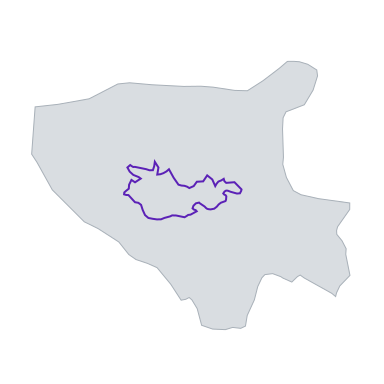 where Gitega sits in Burundi, rotated 93°
{"feature_id": "BDI-2639", "entity_name": "Gitega", "entity_type": "Province", "adm_level": 1, "iso_a3": "BDI", "parent_name": "Burundi", "parent_adm1": "", "projection": "albers", "projection_center": [29.917, -3.445], "detail": "fine", "context": "in_parent", "style": "outline", "palette": "violet", "viewbox_px": 384, "rotation_deg": 93, "n_neighbors": 0, "source": "natural_earth", "source_scale": "10m", "svg_char_len": 2278}
<svg xmlns="http://www.w3.org/2000/svg" viewBox="0 0 384 384"><g transform="rotate(93 192 192)"><path d="M288.9,43.1L285.9,47.1L272.0,75.4L269.3,79.6L270.9,82.2L276.7,87.6L273.3,96.5L271.9,98.9L269.3,107.2L270.7,114.9L274.0,117.7L283.0,121.4L296.5,124.1L312.4,130.4L323.1,131.6L325.6,136.2L325.1,144.4L327.7,151.5L327.8,164.2L324.6,175.4L308.2,180.7L299.8,186.4L297.5,189.3L299.5,192.7L300.6,197.2L285.2,208.4L269.4,222.9L265.6,232.8L262.4,244.4L257.8,251.8L245.7,262.5L233.4,284.0L227.4,298.0L197.2,331.6L170.4,348.4L162.6,354.1L115.2,353.1L111.5,330.5L104.3,299.6L88.0,271.7L86.2,260.0L87.0,237.5L87.0,205.8L85.9,188.8L86.2,176.4L88.3,154.8L88.0,142.0L77.3,127.1L63.9,111.3L56.6,103.6L56.2,97.3L56.3,91.6L58.4,83.1L63.6,73.8L69.5,72.7L83.9,76.4L99.0,84.4L107.0,102.3L113.1,104.9L124.2,104.9L152.5,102.5L159.6,102.8L172.5,98.5L185.3,90.9L189.0,83.1L192.0,65.5L194.7,33.9L201.2,33.6L219.1,44.8L222.9,45.6L226.7,45.2L232.9,39.6L240.6,35.1L246.2,35.2L267.0,29.9L278.1,39.5L285.2,42.4L288.9,43.1Z" fill="#d9dde1" stroke="#a8b0b8" stroke-width="1"/><path d="M186.8,142.7L188.2,142.9L190.8,144.1L191.2,147.0L189.8,153.3L188.8,156.4L188.8,158.0L189.8,159.5L191.8,160.7L192.8,159.8L193.4,158.3L194.5,157.5L197.9,157.6L199.3,158.1L201.2,162.6L203.0,164.7L205.4,166.5L207.5,168.9L208.4,172.5L208.3,174.5L208.0,176.0L207.2,177.2L205.8,178.7L202.7,183.9L202.2,184.4L203.1,187.5L205.6,189.8L208.3,190.6L209.5,189.1L209.9,187.4L211.0,186.3L214.7,192.3L215.1,194.6L216.4,196.3L217.6,198.1L216.3,206.6L216.4,210.6L217.5,212.6L219.3,218.1L220.9,221.5L221.2,225.7L220.8,230.0L220.2,234.2L217.5,237.7L212.5,240.3L207.5,242.2L205.6,245.0L205.2,248.4L198.4,255.3L198.4,257.6L197.9,259.7L196.0,259.6L194.4,258.0L192.0,255.3L188.0,255.2L183.1,253.1L185.3,249.4L181.3,243.9L179.9,246.0L178.0,251.5L174.9,255.3L170.9,257.8L168.3,255.1L169.3,253.6L170.1,252.0L169.9,250.3L171.6,239.0L172.5,235.6L172.3,232.2L168.2,231.1L163.8,230.7L169.3,226.8L176.4,227.6L175.9,224.5L174.7,221.6L172.8,218.6L170.5,216.2L178.7,211.1L185.4,205.9L186.1,202.9L186.2,199.9L186.9,197.3L188.2,194.9L186.0,190.6L181.5,187.7L180.8,181.4L174.6,177.7L178.4,172.4L184.9,169.1L182.5,167.9L180.2,166.2L178.9,163.4L177.2,161.0L179.5,160.2L181.1,158.3L180.0,150.1L186.8,142.7Z" fill="none" stroke="#5b21b6" stroke-width="2"/></g></svg>